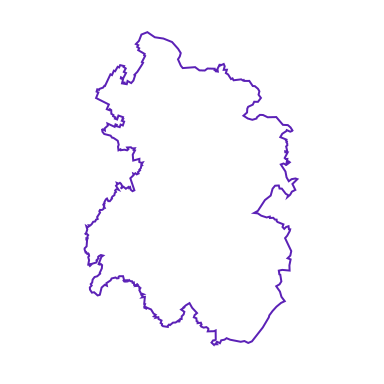 the district of Benito Juárez, Veracruz, Mexico, rotated 197°
{"feature_id": "50627088B60276405094260", "entity_name": "Benito Juárez", "entity_type": "district", "adm_level": 2, "iso_a3": "MEX", "parent_name": "Mexico", "parent_adm1": "Veracruz", "projection": "robinson", "projection_center": [-98.167, 20.817], "detail": "fine", "context": "isolated", "style": "outline", "palette": "violet", "viewbox_px": 384, "rotation_deg": 197, "n_neighbors": 0, "source": "geoboundaries", "source_scale": "gbopen_adm2", "svg_char_len": 5971}
<svg xmlns="http://www.w3.org/2000/svg" viewBox="0 0 384 384"><g transform="rotate(197 192 192)"><path d="M95.0,235.1L97.0,235.2L100.5,233.4L102.6,230.6L105.9,233.7L108.6,238.9L115.1,244.3L112.8,246.0L109.7,245.5L107.2,249.0L108.5,249.5L110.0,246.9L110.5,251.5L112.0,250.9L113.3,251.6L112.1,257.9L114.4,257.3L114.8,258.2L113.1,258.6L113.2,259.5L115.3,263.1L114.5,264.5L115.2,266.4L116.2,267.1L116.0,268.1L117.2,268.6L117.0,269.7L123.6,270.3L122.7,274.1L119.6,277.8L119.5,278.9L115.7,278.4L114.2,279.6L113.9,280.2L116.7,282.6L119.9,284.0L124.7,282.8L133.3,288.3L141.5,285.6L146.6,286.4L149.6,285.6L151.7,282.5L151.8,281.1L155.4,278.7L160.1,278.6L165.1,280.0L162.6,284.1L163.5,287.9L163.2,289.9L159.4,293.3L158.9,296.5L155.3,297.5L153.6,302.1L156.8,304.5L157.0,308.0L159.1,310.0L162.9,311.6L164.9,311.1L169.7,315.0L174.4,313.5L175.2,314.2L175.7,313.5L177.9,314.1L184.9,311.0L186.5,312.5L187.7,311.4L191.9,315.0L194.4,315.6L194.4,319.1L197.4,318.1L197.5,321.8L199.1,323.7L201.6,321.5L201.6,322.0L202.9,321.7L203.6,317.1L202.5,314.7L204.6,314.4L205.0,315.7L206.1,315.3L206.4,316.5L213.3,314.6L215.3,311.9L220.5,310.5L225.5,312.3L237.1,307.8L239.6,309.5L244.2,314.8L243.3,318.0L243.4,321.6L247.2,324.9L254.9,329.6L264.2,330.4L272.8,329.1L281.4,331.8L286.4,327.8L286.9,321.0L288.9,317.1L286.3,316.7L286.8,314.7L284.5,314.0L284.9,311.9L277.6,310.2L277.8,308.8L276.6,308.4L277.9,301.6L276.6,301.3L277.0,299.4L279.4,290.9L281.3,287.2L280.5,286.9L280.6,281.4L282.0,278.4L286.1,279.3L285.9,276.0L288.3,275.7L288.4,276.9L289.7,276.7L289.5,275.6L290.7,275.4L290.9,279.6L293.3,279.8L293.4,280.9L291.1,280.3L289.9,286.5L292.3,286.9L291.5,290.8L294.0,291.6L293.8,292.6L297.8,292.3L298.1,289.8L299.7,290.0L300.8,285.0L302.2,285.2L302.7,280.4L304.4,280.7L306.2,268.0L306.8,268.0L307.6,265.8L310.7,263.5L310.8,262.4L312.6,262.5L312.6,260.1L310.7,259.8L311.2,253.8L297.1,251.4L297.7,246.3L294.9,246.1L294.7,247.2L293.2,246.7L292.0,243.2L289.6,242.6L289.6,241.4L287.1,241.0L287.2,239.6L284.8,239.5L284.7,243.6L279.8,243.4L279.8,241.4L279.3,241.5L279.9,239.6L277.5,239.5L277.6,235.4L280.0,235.6L280.1,232.9L283.7,232.9L283.6,234.2L284.9,234.3L285.0,231.7L292.9,232.8L291.9,230.9L294.1,227.3L293.3,225.4L295.6,225.9L296.2,225.3L295.2,223.4L292.9,221.8L286.3,222.1L284.3,220.6L283.0,220.8L278.0,219.3L275.9,215.8L276.0,213.7L274.5,210.4L272.9,211.9L272.4,211.1L269.0,212.7L266.2,212.9L265.4,214.2L267.0,215.6L263.5,216.9L261.8,216.2L259.5,217.1L260.0,215.1L258.7,215.1L259.6,210.4L257.4,204.9L252.0,208.3L251.2,205.3L249.1,205.0L247.8,205.8L248.4,203.3L247.5,202.9L248.2,202.0L247.9,200.0L248.8,197.9L248.1,197.5L249.5,195.2L248.5,194.1L250.0,192.7L251.6,193.4L252.5,192.2L253.6,192.4L252.8,191.0L255.0,187.1L247.6,176.8L249.1,175.4L251.3,176.3L252.6,178.5L253.4,177.4L254.1,178.3L256.2,175.8L259.1,177.0L261.1,174.4L260.3,177.1L262.3,179.1L263.6,179.7L264.6,178.5L266.6,178.7L265.7,177.4L266.5,175.7L262.9,172.7L264.5,172.9L265.6,171.9L265.9,170.8L264.7,169.8L265.6,168.3L265.3,166.3L266.8,164.4L267.1,162.7L266.6,162.3L267.9,159.2L269.4,158.8L271.4,160.9L272.2,159.8L272.8,156.8L272.3,155.7L272.9,155.2L272.2,154.1L272.9,153.7L270.9,151.4L271.8,151.2L271.7,149.8L272.9,148.5L274.7,148.0L275.0,146.5L273.9,145.4L275.4,140.3L274.3,138.6L275.7,137.5L276.0,135.5L277.8,134.6L278.5,132.0L279.4,130.4L280.6,130.1L280.0,129.7L281.3,128.0L283.1,128.5L281.2,125.6L281.2,122.0L282.1,120.1L280.9,121.5L278.7,120.4L279.1,119.4L278.3,117.3L279.5,117.0L279.1,115.5L278.3,115.4L276.9,109.2L278.2,106.7L277.9,105.6L276.1,103.1L275.6,103.6L274.0,102.1L273.3,102.9L272.5,102.4L271.7,100.8L272.2,99.4L270.5,96.7L270.0,92.4L269.2,92.8L269.4,92.3L268.0,91.4L266.4,94.3L262.9,96.6L262.7,98.6L263.3,98.9L262.1,101.1L262.8,102.4L262.3,103.4L260.7,105.1L258.4,105.2L259.7,103.4L260.2,95.7L258.8,95.6L258.2,96.5L256.6,95.8L255.9,92.6L256.6,87.5L256.0,87.0L258.0,83.7L260.3,82.2L261.4,79.2L261.0,76.2L261.9,74.3L260.6,73.2L261.8,70.9L261.0,68.8L258.3,66.5L256.3,67.5L252.0,65.5L250.7,66.3L250.1,66.8L250.5,74.2L248.3,77.8L246.0,77.5L247.2,79.8L244.0,83.7L243.6,85.8L240.1,87.9L238.6,87.4L237.1,88.1L237.4,89.4L236.9,90.2L233.3,91.3L231.3,88.1L231.6,87.3L230.6,86.6L229.0,87.0L229.3,88.3L228.1,88.7L227.2,87.9L226.4,89.4L225.0,88.7L223.2,89.1L222.3,87.8L221.2,88.5L220.1,86.1L218.4,86.5L217.5,87.8L216.8,87.4L217.9,85.8L216.1,86.5L214.2,85.5L214.2,84.9L213.3,84.9L213.7,82.8L211.8,80.7L210.0,79.4L209.6,80.1L208.4,80.0L210.2,78.7L208.5,77.6L209.0,76.6L206.4,77.9L205.0,71.0L204.1,71.1L204.1,68.4L203.0,68.4L203.4,67.4L201.6,67.1L201.2,68.2L196.8,67.7L193.2,64.5L190.8,63.9L192.0,61.9L189.1,62.0L189.4,61.4L187.6,62.4L186.8,60.7L183.6,60.2L183.7,57.5L182.0,57.0L181.8,55.7L180.5,55.2L175.7,55.9L176.0,56.9L175.2,58.5L174.1,58.3L172.0,61.5L169.5,62.4L167.9,64.5L167.8,64.0L166.2,64.5L166.1,67.2L164.8,67.5L165.5,70.1L164.2,72.5L164.3,75.2L168.0,76.4L165.8,79.1L166.3,79.3L164.7,81.9L161.9,85.0L158.0,81.3L151.8,77.7L153.5,75.1L153.6,72.7L150.9,72.5L149.8,69.8L148.8,69.8L148.3,68.2L145.3,69.6L144.1,68.0L144.8,66.8L143.8,66.0L141.2,65.7L138.8,67.0L136.9,66.4L136.2,65.8L136.2,63.3L130.3,65.3L128.9,66.5L126.2,58.0L126.8,56.8L128.4,56.3L129.3,53.7L126.3,52.2L126.2,52.8L123.6,53.7L124.7,54.5L124.4,56.1L121.1,55.6L120.7,58.7L117.7,60.3L116.2,62.3L112.3,61.9L101.6,63.0L98.3,64.8L94.1,64.1L91.0,66.7L84.7,83.1L81.9,94.6L82.0,96.6L80.2,101.7L77.7,107.0L74.4,112.0L71.4,114.7L75.8,117.9L78.8,122.5L83.9,126.5L81.3,129.3L80.4,132.6L83.4,138.7L84.4,138.8L86.0,142.2L82.9,143.9L75.7,145.4L77.4,150.3L78.0,156.4L81.2,156.6L79.4,159.9L79.8,164.5L89.5,175.1L88.2,178.0L87.1,183.3L87.2,185.0L88.4,184.7L89.7,187.5L91.8,186.0L93.0,183.7L95.2,185.0L95.1,187.8L101.4,188.3L102.5,188.9L103.0,190.3L104.8,189.9L106.7,191.1L109.9,189.9L110.4,191.2L113.2,189.5L118.9,189.6L122.8,190.8L126.5,190.1L123.5,193.2L119.9,205.6L115.7,211.6L115.9,218.7L114.4,222.3L110.9,223.6L109.3,220.9L107.1,221.5L101.8,217.7L99.1,217.1L99.2,215.1L97.3,218.1L96.6,221.5L93.8,224.2L98.3,229.0L95.0,235.1Z" fill="none" stroke="#5b21b6" stroke-width="2"/></g></svg>